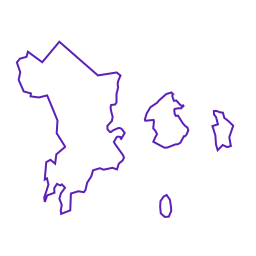 outline of Knox, Maine, United States of America, rotated 355°
{"feature_id": "52423323B37590358813634", "entity_name": "Knox", "entity_type": "district", "adm_level": 2, "iso_a3": "USA", "parent_name": "United States of America", "parent_adm1": "Maine", "projection": "orthographic", "projection_center": [-69.021, 44.093], "detail": "fine", "context": "isolated", "style": "outline", "palette": "violet", "viewbox_px": 256, "rotation_deg": 355, "n_neighbors": 0, "source": "geoboundaries", "source_scale": "gbopen_adm2", "svg_char_len": 2156}
<svg xmlns="http://www.w3.org/2000/svg" viewBox="0 0 256 256"><g transform="rotate(355 128 128)"><path d="M33.1,48.3L26.4,49.5L23.0,53.0L25.5,63.0L23.3,70.5L27.3,82.5L34.3,85.1L33.7,88.0L41.9,89.8L50.3,88.5L54.2,100.8L58.4,114.4L56.5,127.0L63.6,140.8L63.5,141.5L54.3,148.0L52.3,157.2L48.0,152.9L43.6,154.9L40.6,172.1L42.9,171.1L43.8,177.4L40.8,184.7L38.5,189.9L38.7,194.4L41.6,188.1L49.1,186.1L49.2,181.6L52.4,177.5L53.7,178.3L55.4,179.3L57.2,178.4L60.1,182.0L55.5,187.2L53.5,192.5L55.3,198.8L53.8,204.4L53.9,207.7L63.3,205.0L65.4,188.3L73.0,186.7L78.5,188.1L80.3,185.9L82.5,179.0L87.2,173.0L89.5,167.1L96.5,165.6L100.1,167.4L109.0,166.3L113.4,168.3L115.8,162.6L119.8,159.9L121.4,157.2L120.7,154.7L116.0,146.7L115.5,145.9L114.2,143.8L112.7,140.7L115.6,136.5L116.5,135.8L118.5,135.9L119.8,136.4L119.8,138.0L120.2,138.3L124.3,132.7L121.5,128.2L119.7,127.3L118.4,127.2L113.5,128.8L110.5,130.5L109.7,130.4L107.5,127.7L107.6,124.1L112.0,120.1L112.6,119.6L113.7,115.5L112.8,110.7L112.4,106.4L112.7,105.0L113.2,103.6L117.2,103.5L118.8,101.4L119.5,93.2L121.7,86.7L121.5,83.3L122.3,80.4L124.9,75.4L125.1,75.2L121.6,71.7L102.6,73.0L67.1,36.1L48.3,55.0L34.9,43.3L33.1,48.3ZM145.5,121.2L145.9,122.3L154.2,122.2L154.4,123.7L153.1,130.6L155.1,133.2L156.4,136.7L154.3,139.7L152.0,143.9L158.9,148.4L162.7,150.8L165.4,150.9L173.7,148.5L176.2,148.5L178.9,147.2L182.9,141.1L184.1,141.2L185.6,139.8L187.8,135.8L187.3,132.8L185.0,130.8L182.9,127.9L178.9,120.0L176.8,120.2L175.8,118.1L175.6,115.3L175.8,113.6L176.2,113.1L180.0,112.7L182.5,113.1L185.2,110.9L184.8,110.2L183.7,110.7L182.4,110.0L178.5,104.8L176.1,104.9L175.0,100.6L175.1,98.9L175.9,98.3L174.4,96.4L169.1,97.5L161.5,103.1L159.1,105.4L152.1,109.3L147.8,115.3L145.5,121.2ZM215.0,118.6L214.8,121.9L216.7,124.9L217.9,132.2L212.3,133.4L214.4,143.0L214.2,152.0L215.4,157.9L220.9,153.2L225.1,155.7L228.9,154.9L228.1,146.0L233.0,134.9L228.8,130.0L224.8,126.3L223.9,121.0L221.5,120.5L220.8,120.3L218.0,118.9L216.7,118.6L215.0,118.6ZM153.2,209.0L153.2,215.9L156.9,219.8L160.9,219.9L163.9,214.2L163.9,209.6L163.5,203.1L160.6,198.1L157.4,199.5L154.0,203.7L153.2,209.0Z" fill="none" stroke="#5b21b6" stroke-width="2"/></g></svg>